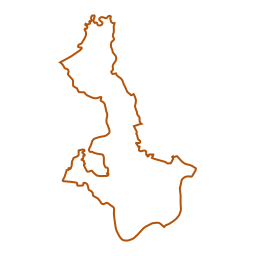 outline of Hung Nguyen, Nghệ An, Vietnam
{"feature_id": "81297802B19242536298701", "entity_name": "Hung Nguyen", "entity_type": "district", "adm_level": 2, "iso_a3": "VNM", "parent_name": "Vietnam", "parent_adm1": "Nghệ An", "projection": "orthographic", "projection_center": [105.613, 18.684], "detail": "fine", "context": "isolated", "style": "outline", "palette": "amber", "viewbox_px": 256, "rotation_deg": 0, "n_neighbors": 0, "source": "geoboundaries", "source_scale": "gbopen_adm2", "svg_char_len": 5671}
<svg xmlns="http://www.w3.org/2000/svg" viewBox="0 0 256 256"><path d="M164.1,227.0L165.7,225.3L168.9,224.0L173.0,221.4L176.4,218.6L179.2,215.1L180.4,211.8L180.8,210.6L180.9,208.9L180.6,203.3L180.6,195.5L180.0,189.9L179.9,188.3L180.1,187.0L180.8,184.3L181.5,180.8L181.9,179.7L182.9,178.5L184.6,177.2L186.2,176.6L188.0,176.4L189.3,176.4L190.9,176.7L191.5,176.6L192.1,176.2L195.4,170.7L195.8,169.4L195.9,168.3L192.5,166.2L190.1,165.1L187.2,164.4L185.2,163.8L183.6,162.8L181.9,161.5L177.0,156.2L173.5,157.1L173.0,156.3L172.2,156.9L173.2,158.9L173.0,159.1L170.8,163.3L167.4,163.4L165.2,161.9L154.8,159.0L152.6,158.2L151.9,157.8L153.4,154.9L153.3,154.5L153.0,154.4L152.2,154.9L151.9,154.9L151.1,154.4L149.4,154.5L148.7,154.9L148.6,155.4L148.7,155.7L148.6,156.1L147.5,156.5L147.4,156.4L147.4,155.4L147.1,155.0L146.2,154.7L146.2,151.8L146.0,151.3L145.3,150.7L143.9,150.5L142.9,150.7L141.4,151.2L140.7,151.3L139.3,150.6L138.9,150.2L138.9,149.8L139.6,146.7L139.2,146.4L138.3,146.7L138.1,146.1L136.1,143.3L136.1,143.1L136.4,143.0L139.4,143.0L140.0,142.5L140.1,141.9L140.1,141.1L140.0,140.9L138.5,139.6L138.0,139.0L137.4,136.7L137.3,135.6L136.3,133.6L136.7,132.9L136.8,132.6L136.7,131.6L133.9,126.2L139.8,124.2L141.5,123.8L140.5,123.0L139.9,122.0L139.7,121.3L139.6,120.4L139.5,117.6L139.2,116.9L137.5,114.8L137.2,114.0L136.9,112.0L136.6,111.1L135.9,109.6L135.0,106.3L135.4,104.1L135.8,102.5L135.9,101.0L135.9,100.1L135.7,99.2L135.1,97.2L133.6,94.1L132.4,94.8L131.6,95.1L130.8,95.1L130.4,94.5L129.8,93.9L129.1,93.5L128.2,92.7L127.2,91.7L125.3,87.3L123.7,84.2L122.6,80.9L121.9,79.7L121.1,78.7L120.4,78.0L119.1,77.3L118.2,76.6L117.2,75.6L116.5,74.8L116.0,73.4L112.7,74.0L112.1,73.6L111.4,72.5L111.2,71.8L111.5,71.3L112.7,70.2L113.0,69.3L112.7,66.7L112.8,65.9L113.0,65.1L113.3,64.3L115.1,61.8L115.9,60.3L116.2,59.2L116.2,57.8L116.1,57.0L115.8,56.2L115.1,55.2L114.0,53.8L112.8,52.4L112.4,50.3L111.2,47.2L111.0,45.9L110.9,44.8L111.1,43.2L111.4,42.3L111.7,41.8L113.3,40.4L113.8,39.8L114.0,39.1L113.9,38.4L113.1,36.8L112.9,36.1L112.9,35.4L113.0,34.6L113.7,32.3L113.9,30.2L113.7,27.2L113.8,26.0L114.4,24.2L114.5,23.1L113.8,23.2L112.8,23.1L112.1,22.7L111.5,22.2L111.0,21.6L110.4,19.1L110.3,18.3L110.8,17.2L110.8,16.7L110.6,16.3L110.3,16.0L109.7,15.9L109.2,16.0L108.4,16.2L108.0,16.5L107.1,17.7L106.3,18.1L105.4,18.2L104.6,17.9L103.6,17.4L101.7,17.1L100.9,17.3L100.4,17.6L99.4,18.7L99.3,19.2L99.3,19.8L99.6,20.3L101.7,21.9L102.3,22.5L102.5,23.0L102.4,23.6L102.2,24.1L101.5,24.8L100.8,25.3L99.3,25.5L98.4,25.4L97.8,25.0L97.5,24.6L97.3,24.0L97.2,23.3L96.8,22.7L96.3,22.5L95.6,22.5L95.2,22.7L94.9,23.0L94.3,22.5L93.7,21.7L93.5,20.8L93.5,20.1L93.7,19.4L94.7,16.4L94.5,15.6L94.2,15.4L92.7,15.5L92.1,15.8L91.6,16.2L91.3,16.8L91.1,17.8L91.1,18.6L91.5,20.3L91.5,20.8L90.8,21.4L90.5,21.5L90.1,21.4L89.8,21.1L89.3,21.6L89.3,21.9L89.5,22.1L90.2,22.9L90.2,23.1L90.0,23.4L89.6,23.8L88.2,24.3L86.9,24.4L86.3,24.2L85.6,23.8L85.3,24.4L85.3,24.9L85.5,25.1L87.1,26.1L87.2,26.4L87.3,27.3L87.0,28.1L86.6,28.7L85.8,28.9L85.2,28.6L84.7,29.2L84.7,29.9L85.9,32.0L86.0,33.4L85.9,35.2L85.1,37.4L81.9,42.9L80.9,43.8L79.2,44.5L78.8,44.8L78.3,45.4L78.1,46.3L78.1,46.7L78.3,47.0L79.1,47.3L80.9,47.5L81.6,47.7L81.6,48.7L79.7,50.5L74.7,53.9L71.1,56.4L60.1,62.4L60.6,62.7L62.5,64.5L63.5,66.0L64.7,68.2L67.6,69.3L68.1,69.9L68.6,71.3L68.6,71.9L68.1,73.1L68.0,74.0L68.3,74.9L72.4,79.4L72.9,80.3L73.0,81.3L73.1,85.7L73.3,86.1L74.6,87.0L77.0,88.3L78.2,91.1L79.0,92.0L79.3,92.2L80.6,92.2L84.3,92.4L84.9,93.0L85.4,93.9L87.2,95.4L90.7,97.0L92.7,97.8L94.3,98.2L96.1,98.3L97.6,98.0L99.9,97.1L100.7,97.1L101.3,97.2L101.4,97.6L100.6,99.8L100.7,100.3L100.9,100.8L103.5,102.4L104.6,103.8L105.2,106.3L106.4,111.6L107.2,113.8L107.2,116.2L106.5,119.2L106.5,121.9L106.6,122.9L107.7,125.2L109.0,128.8L109.4,130.3L109.6,131.5L109.4,132.6L108.7,133.6L105.9,135.6L104.0,136.2L99.6,137.0L95.7,138.2L93.9,139.0L92.8,140.2L92.2,141.3L91.1,144.7L88.9,149.5L88.8,150.0L89.7,151.6L90.3,151.9L92.3,151.9L94.4,153.0L98.2,153.9L101.8,154.4L102.9,154.9L103.3,155.7L103.8,157.0L103.9,158.9L103.8,162.8L104.1,164.3L105.2,166.8L105.6,167.4L106.3,167.6L107.1,167.6L107.6,168.0L108.1,169.6L108.1,171.5L107.9,172.4L107.1,173.2L107.1,173.8L107.3,173.9L108.5,174.1L108.5,174.5L107.7,175.7L106.9,175.9L100.2,176.1L97.2,175.6L96.3,175.1L93.3,172.5L92.2,171.0L91.4,170.7L89.3,171.4L88.0,171.7L87.6,171.7L87.2,171.5L85.3,168.2L83.9,165.0L83.9,164.6L84.1,164.3L84.9,163.8L84.8,163.4L84.0,162.2L83.9,161.0L83.6,160.7L81.6,159.7L81.7,159.3L82.0,159.0L82.9,158.6L83.1,158.2L83.4,155.8L84.5,155.7L84.7,155.0L84.5,154.6L84.3,154.3L82.5,152.9L82.4,152.7L82.4,152.3L82.7,151.9L84.1,151.2L84.5,150.9L84.2,149.8L82.9,149.5L78.7,150.4L78.6,155.1L77.6,156.2L74.9,157.4L73.6,157.9L73.4,158.6L72.2,161.1L72.0,161.9L71.7,165.3L71.4,166.8L70.6,168.5L70.1,169.0L69.7,169.0L69.4,168.2L69.1,168.0L68.5,168.3L68.4,168.8L68.4,169.8L68.0,170.0L66.8,170.1L66.6,170.4L64.6,176.8L62.8,180.2L62.8,180.8L63.0,181.0L63.5,181.2L71.4,181.9L75.0,182.4L76.6,182.7L77.0,183.0L77.1,183.3L77.2,185.1L77.5,185.4L78.1,185.7L82.0,185.6L82.5,185.5L83.2,185.0L83.4,183.2L83.6,182.9L84.4,182.8L85.3,183.0L86.4,183.5L87.3,184.4L88.0,186.4L88.6,189.3L88.9,189.9L89.1,190.1L91.5,191.3L92.7,192.9L93.0,195.5L93.4,195.9L94.3,196.5L97.6,198.3L98.7,199.4L100.7,202.1L101.1,203.0L102.1,203.9L102.9,204.1L103.6,204.1L104.9,203.6L106.2,202.9L107.0,202.9L107.7,203.1L113.4,207.2L113.8,208.0L114.1,209.1L113.9,212.7L114.0,215.5L114.9,222.4L115.8,228.2L116.7,231.1L119.7,236.8L121.7,239.2L123.5,240.3L126.4,240.6L128.3,240.4L130.5,239.7L132.7,238.8L133.8,238.2L137.3,235.0L142.3,229.5L143.8,228.0L145.6,226.7L152.4,223.2L157.0,222.7L159.2,223.0L160.7,224.0L164.1,227.0Z" fill="none" stroke="#b45309" stroke-width="2"/></svg>